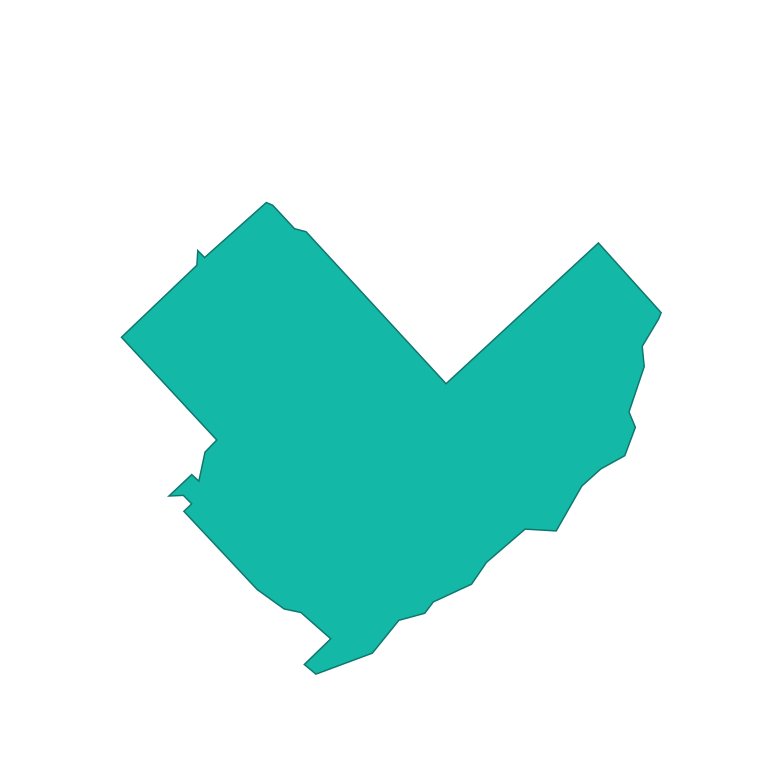 the district of Early, Georgia, United States of America, rotated 226°
{"feature_id": "52423323B60189999590545", "entity_name": "Early", "entity_type": "district", "adm_level": 2, "iso_a3": "USA", "parent_name": "United States of America", "parent_adm1": "Georgia", "projection": "natural_earth1", "projection_center": [-84.929, 31.296], "detail": "fine", "context": "isolated", "style": "filled", "palette": "teal", "viewbox_px": 768, "rotation_deg": 226, "n_neighbors": 0, "source": "geoboundaries", "source_scale": "gbopen_adm2", "svg_char_len": 687}
<svg xmlns="http://www.w3.org/2000/svg" viewBox="0 0 768 768"><g transform="rotate(226 384 384)"><path d="M182.5,369.3L181.6,384.7L158.7,405.8L173.2,455.4L172.3,481.1L165.2,507.4L178.2,534.7L193.7,540.8L215.7,583.2L231.7,595.9L240.0,626.7L242.8,632.9L336.5,636.2L341.1,428.8L547.7,433.7L557.9,427.5L590.0,428.1L596.3,425.4L599.6,342.8L609.3,342.7L599.4,331.9L600.0,227.6L459.9,224.8L459.3,207.9L442.7,183.3L452.4,182.8L452.8,151.5L443.3,162.3L431.4,162.4L431.4,151.6L324.1,150.0L291.5,155.9L277.4,165.5L237.7,168.7L237.6,131.8L222.6,133.5L198.5,188.7L203.7,230.5L190.8,254.1L193.0,268.1L179.2,308.0L184.5,333.8L182.5,369.3Z" fill="#14b8a6" stroke="#0f766e" stroke-width="1.5"/></g></svg>